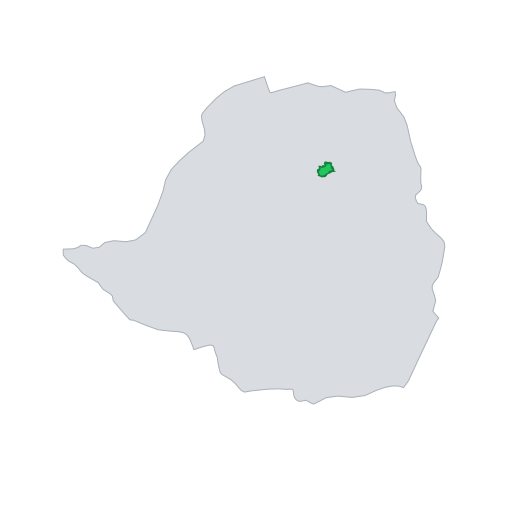 Harare, Harare, Zimbabwe shown in context, rotated 343°
{"feature_id": "62879985B33947363062254", "entity_name": "Harare", "entity_type": "district", "adm_level": 2, "iso_a3": "ZWE", "parent_name": "Zimbabwe", "parent_adm1": "Harare", "projection": "mercator", "projection_center": [31.083, -17.799], "detail": "fine", "context": "in_parent", "style": "filled", "palette": "green", "viewbox_px": 512, "rotation_deg": 343, "n_neighbors": 0, "source": "geoboundaries", "source_scale": "gbopen_adm2", "svg_char_len": 3976}
<svg xmlns="http://www.w3.org/2000/svg" viewBox="0 0 512 512"><g transform="rotate(343 256 256)"><path d="M358.7,425.0L354.4,422.1L348.5,420.2L341.1,419.4L331.4,419.7L319.5,421.3L306.8,419.4L293.2,413.9L281.9,412.0L268.4,414.4L267.8,414.4L265.4,412.6L261.8,408.6L255.6,407.9L253.9,406.9L252.6,405.5L251.7,403.6L251.3,401.5L252.3,394.9L251.8,394.2L250.1,393.4L246.7,392.6L238.6,389.6L228.4,386.8L211.9,383.6L205.4,382.8L204.0,381.8L202.1,379.4L198.9,371.9L195.9,367.0L188.8,359.4L187.7,357.0L188.0,350.9L188.6,346.1L189.3,341.9L189.0,338.0L188.9,333.2L189.1,330.0L188.1,328.6L185.6,327.6L178.2,327.2L169.3,327.4L169.0,322.5L168.2,315.0L166.5,310.6L164.5,308.4L160.4,306.0L152.1,302.8L140.8,297.9L131.2,290.7L120.2,281.7L116.7,280.1L112.7,271.7L106.4,257.2L106.9,252.4L105.9,250.1L99.9,243.0L98.6,239.3L97.5,235.6L87.9,225.3L84.6,220.8L82.2,215.0L79.7,210.4L77.6,208.5L74.9,205.4L73.0,201.8L72.1,199.1L72.8,195.5L73.8,193.1L82.9,195.6L87.9,195.8L91.8,194.6L96.6,196.3L102.3,200.9L108.6,201.8L115.4,198.9L124.5,199.8L136.1,204.4L145.6,205.4L157.0,201.3L167.2,189.8L176.7,179.1L186.1,166.7L191.8,156.8L200.1,148.6L211.0,142.4L222.2,137.1L239.2,130.7L242.6,125.4L243.8,119.5L243.8,111.5L244.7,106.3L246.4,103.9L249.3,102.0L252.9,99.6L264.2,93.5L273.6,89.6L285.0,87.0L297.6,87.0L309.6,87.0L316.5,87.0L316.6,94.7L317.1,103.4L318.5,104.3L327.6,104.4L342.2,105.1L356.2,105.6L365.2,112.0L368.2,113.3L377.6,115.0L389.5,125.6L403.8,126.6L413.7,129.9L422.4,133.5L427.4,137.9L430.6,138.8L435.0,139.2L437.1,139.6L436.6,142.7L433.7,148.0L434.1,155.6L438.1,166.2L438.7,175.4L437.4,191.7L437.5,207.4L437.9,213.1L438.6,216.8L439.4,218.9L439.2,221.2L436.9,227.8L434.9,234.8L434.9,237.6L434.1,239.6L432.7,241.3L426.4,244.6L425.4,246.6L425.4,250.2L426.2,253.2L428.5,254.4L431.4,256.1L432.5,258.4L432.5,260.8L431.6,265.2L429.1,272.6L431.6,281.1L434.4,286.6L438.3,293.0L439.9,296.9L439.8,299.8L439.2,302.5L433.4,314.2L429.2,321.5L424.1,329.3L417.3,334.2L415.6,336.5L414.9,339.2L415.1,345.1L414.8,351.2L409.0,360.6L412.6,368.8L411.8,369.5L409.9,370.7L401.5,379.9L393.1,389.2L386.9,395.9L379.9,403.7L372.1,412.4L365.4,419.8L358.7,425.0Z" fill="#d9dde1" stroke="#a8b0b8" stroke-width="1"/><path d="M354.7,197.7L354.9,197.7L355.0,197.7L354.9,197.3L355.2,197.4L354.8,196.9L354.7,196.9L354.4,196.5L354.3,196.4L355.4,195.9L355.5,195.9L355.5,195.4L355.4,195.1L355.3,194.9L355.2,194.4L354.7,194.4L354.8,194.2L355.0,194.0L354.7,193.9L354.3,193.7L354.1,193.6L354.7,193.2L355.1,193.0L355.0,192.9L354.7,192.5L354.6,192.1L354.5,191.9L354.5,191.7L354.3,191.1L354.3,190.9L354.6,190.5L354.6,189.9L355.0,189.7L354.8,189.0L354.7,189.1L354.4,189.2L354.4,189.3L354.1,188.9L354.0,188.7L353.7,188.4L353.6,188.2L353.2,188.4L352.8,188.2L352.7,188.5L352.4,188.5L352.5,188.4L352.2,188.1L352.2,187.8L352.0,187.7L351.9,187.9L352.0,188.0L352.1,188.5L351.6,188.3L351.6,188.2L350.8,188.0L350.5,188.1L350.6,187.9L350.6,187.7L350.6,187.3L350.6,186.9L349.9,186.7L349.3,186.7L349.1,187.1L349.0,187.3L348.8,187.5L348.6,187.8L348.9,189.5L348.9,189.9L347.2,190.4L347.0,190.0L346.8,190.3L346.3,189.8L346.3,190.3L345.0,190.3L344.9,190.3L344.7,190.2L344.1,189.5L344.0,189.4L343.9,189.4L343.3,189.1L342.7,188.9L342.7,189.4L342.6,190.8L342.6,191.2L342.6,191.3L340.7,191.6L341.2,192.3L340.8,192.3L340.6,192.3L340.1,192.4L339.9,192.4L339.8,193.2L340.1,193.4L339.5,193.9L339.7,194.2L339.8,194.4L339.9,194.7L339.9,194.8L340.1,195.6L340.3,196.6L340.2,196.8L339.9,196.7L339.7,196.8L339.4,197.1L339.8,197.5L341.1,198.3L341.3,198.5L341.6,198.6L342.1,198.9L341.7,199.1L341.8,199.2L342.0,199.2L342.3,199.2L342.5,199.3L342.9,199.5L343.2,199.7L343.3,199.7L343.4,199.4L343.5,199.4L343.6,199.5L344.1,199.7L344.4,199.3L344.6,199.5L344.7,199.4L345.0,199.3L345.2,199.7L345.3,200.0L346.6,199.4L346.4,198.8L346.4,198.7L348.1,198.3L350.1,197.8L350.6,198.0L350.8,197.8L351.0,197.8L350.6,197.5L350.7,197.0L350.8,197.0L351.2,196.6L352.4,197.0L352.5,197.0L354.2,197.4L354.4,197.5L354.5,197.5L354.7,197.7Z" fill="#22c55e" stroke="#15803d" stroke-width="1.5"/></g></svg>